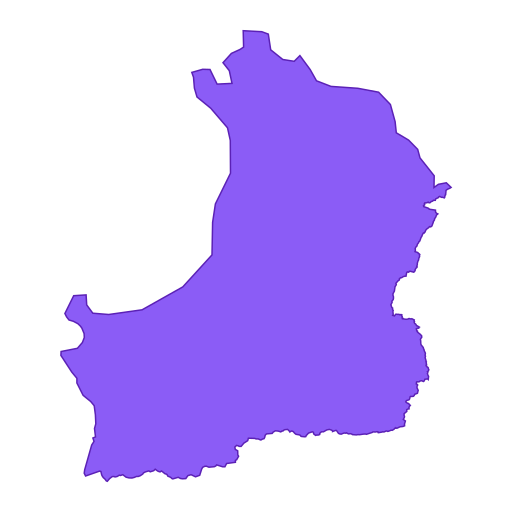 the district of Alay, Osh, Kyrgyzstan
{"feature_id": "92254566B995553538907", "entity_name": "Alay", "entity_type": "district", "adm_level": 2, "iso_a3": "KGZ", "parent_name": "Kyrgyzstan", "parent_adm1": "Osh", "projection": "natural_earth1", "projection_center": [73.817, 39.902], "detail": "fine", "context": "isolated", "style": "filled", "palette": "violet", "viewbox_px": 512, "rotation_deg": 0, "n_neighbors": 0, "source": "geoboundaries", "source_scale": "gbopen_adm2", "svg_char_len": 6072}
<svg xmlns="http://www.w3.org/2000/svg" viewBox="0 0 512 512"><path d="M73.7,295.7L64.9,313.5L66.6,316.9L69.0,320.0L73.4,321.3L77.9,323.7L80.4,326.1L81.9,328.2L84.1,333.6L84.3,337.5L82.4,342.5L77.4,348.3L61.1,351.5L60.9,355.4L71.8,372.1L76.9,378.3L76.9,383.0L83.1,395.3L90.7,401.5L94.2,405.7L95.4,414.8L95.8,423.8L94.5,428.5L95.5,436.9L92.9,438.0L94.0,441.4L91.7,445.0L84.7,469.7L84.2,473.2L85.6,476.0L99.6,471.1L100.9,471.5L101.7,474.9L102.4,476.3L103.3,477.6L104.9,479.0L106.3,480.9L107.3,481.3L109.6,478.6L112.2,476.6L114.0,476.5L114.5,476.8L115.5,476.9L117.4,476.4L119.2,475.2L120.4,475.5L122.8,474.7L126.1,477.2L129.0,477.9L132.0,478.0L134.3,477.4L136.6,476.4L138.1,476.5L140.1,475.8L142.7,474.1L143.5,472.9L145.4,471.9L148.8,470.9L150.2,471.8L153.7,470.7L155.2,469.2L157.6,471.0L159.0,471.6L160.1,471.9L161.4,471.0L162.1,471.4L164.9,473.7L166.8,474.3L168.0,476.3L169.1,476.6L170.7,477.4L172.0,478.6L172.8,478.9L178.2,477.3L180.5,478.5L182.5,478.8L185.8,478.6L187.9,475.6L191.1,474.7L195.5,476.8L199.7,475.3L201.7,469.0L202.7,467.3L204.7,466.3L206.4,466.2L208.9,467.2L214.3,466.7L215.8,466.0L216.6,464.9L222.7,466.8L224.9,466.8L226.6,463.5L235.4,462.3L235.4,460.4L236.7,459.7L238.6,456.2L237.8,454.9L237.7,450.8L235.3,449.4L234.8,447.1L236.6,445.4L238.5,445.9L239.1,446.4L241.1,446.4L243.9,443.1L247.7,440.7L248.4,438.2L254.8,438.4L256.0,438.9L258.2,438.9L260.4,439.9L261.1,439.9L262.4,439.1L264.0,438.7L264.7,437.4L265.2,435.2L266.5,433.9L272.2,433.4L273.2,432.1L275.4,430.8L278.3,431.1L280.8,431.9L281.9,431.1L283.0,431.0L283.3,430.5L284.7,429.7L287.6,429.4L289.5,431.3L289.9,432.0L290.6,431.4L291.8,431.0L293.3,431.6L294.6,433.2L296.0,434.3L299.5,434.9L300.2,435.3L301.0,436.3L301.7,436.5L304.9,436.8L305.8,436.6L306.2,435.6L308.5,433.1L312.3,431.8L313.4,432.3L313.7,433.9L315.6,435.4L316.4,435.1L318.5,435.0L319.7,434.5L319.7,433.4L321.4,431.8L323.5,431.8L326.8,429.9L329.4,429.4L331.7,430.2L332.6,430.9L332.6,431.5L335.7,430.4L336.5,430.5L338.5,433.4L339.9,434.0L341.4,434.1L343.2,433.3L344.6,433.0L345.8,433.2L346.4,432.8L348.4,433.9L350.6,433.7L351.8,434.1L352.4,434.6L356.3,434.9L357.9,434.6L359.6,434.7L363.5,434.1L365.3,434.0L366.4,434.3L372.1,432.5L373.0,431.9L375.5,432.0L377.1,431.6L378.4,432.1L378.2,432.6L378.5,432.7L382.3,432.0L382.8,431.7L383.9,432.0L386.2,431.0L386.8,431.0L387.5,431.4L388.4,431.3L391.1,430.2L392.2,430.3L394.0,429.3L394.7,428.3L395.8,428.2L395.9,427.8L396.6,428.2L397.3,428.1L400.0,426.8L402.9,426.5L404.6,425.8L404.5,424.0L405.4,421.0L403.3,419.4L404.4,417.3L404.5,416.3L404.1,415.6L404.1,413.7L406.8,411.4L406.7,409.7L407.4,409.2L409.1,408.8L408.8,407.9L409.2,407.1L409.3,406.6L410.3,405.3L409.4,404.7L408.9,403.8L408.1,403.3L407.5,403.3L405.8,401.9L405.8,401.6L406.4,400.6L409.0,399.8L409.6,398.9L410.1,396.8L410.5,396.4L411.8,396.5L413.4,396.3L414.2,395.5L414.7,394.3L417.4,393.3L418.2,390.3L417.0,387.8L417.1,385.9L417.7,385.0L416.9,384.2L416.3,384.0L416.5,382.1L417.1,381.7L418.0,381.9L419.3,381.7L420.1,381.0L421.6,380.7L423.4,381.5L424.3,380.8L424.8,379.3L427.6,378.9L428.2,379.5L428.6,376.4L427.8,374.9L427.4,373.4L427.8,372.6L427.8,371.7L427.6,371.6L428.5,370.8L428.8,369.5L428.5,369.2L428.1,367.5L427.0,366.9L426.9,366.2L426.1,365.8L426.1,365.0L426.6,364.4L426.1,362.8L426.4,361.9L425.9,361.3L426.0,360.6L425.1,357.6L425.5,356.2L425.1,355.3L425.4,353.2L424.2,350.6L424.1,349.8L423.7,349.1L423.2,347.4L421.1,344.8L420.8,343.7L420.7,340.8L420.4,339.5L420.8,338.5L421.7,337.5L421.7,335.9L420.4,334.4L417.5,332.1L417.5,331.2L416.8,330.9L416.9,330.5L416.5,329.9L416.6,329.4L416.3,328.9L417.3,328.2L418.7,328.2L419.0,327.3L419.3,327.1L417.2,325.8L416.5,325.7L416.1,324.7L415.5,323.9L414.7,323.5L414.1,322.0L414.5,321.5L414.0,320.3L414.2,319.9L412.8,319.2L411.8,318.7L411.1,319.0L409.0,318.5L407.8,319.1L406.1,319.3L402.7,318.8L402.9,318.3L402.1,318.0L402.2,316.5L401.6,315.7L401.9,314.9L401.0,314.5L399.9,314.8L398.9,314.3L397.9,314.4L396.6,314.2L395.6,314.3L394.5,315.9L392.7,315.4L393.2,314.4L392.9,311.6L393.2,310.3L392.6,309.8L392.6,308.0L391.8,307.5L390.9,304.7L392.1,302.4L391.9,301.2L393.2,299.6L393.5,298.1L393.4,296.4L393.0,295.4L393.0,293.7L394.4,291.1L395.0,286.8L396.3,284.7L395.9,283.3L398.2,280.7L399.2,280.1L399.5,279.1L399.4,278.8L400.6,277.7L401.6,277.7L403.1,276.7L404.7,276.2L406.0,276.2L406.6,272.9L407.3,271.9L408.7,272.2L409.2,271.5L409.9,271.2L413.8,272.2L415.1,270.7L415.1,269.7L415.8,268.4L417.0,267.3L417.1,266.6L416.7,266.3L417.3,264.8L417.3,263.3L417.9,261.2L418.5,260.2L418.9,258.1L419.6,256.6L419.5,255.1L419.8,254.5L419.0,253.7L418.4,253.5L418.3,253.1L417.7,252.5L415.0,251.6L415.4,250.4L415.2,248.3L416.3,246.5L416.9,246.1L417.4,244.2L418.6,242.7L418.9,241.7L419.8,241.0L421.1,237.3L421.7,236.6L422.4,234.7L423.2,233.3L423.4,233.0L424.1,233.1L424.4,232.5L425.0,232.1L425.6,230.5L426.4,229.3L428.7,227.6L429.5,226.6L430.7,226.9L431.9,226.0L432.6,224.1L432.7,223.5L433.2,222.8L433.2,221.9L434.5,219.8L434.5,218.9L435.8,217.0L436.5,214.9L437.7,214.2L437.8,213.8L437.1,213.7L435.7,212.4L435.5,211.6L435.6,211.0L435.3,210.6L435.4,210.1L429.2,209.2L429.0,208.7L428.1,208.1L423.7,206.6L423.5,205.7L424.6,204.9L424.7,204.5L424.3,203.9L424.6,203.2L425.0,202.8L425.7,203.0L427.6,202.5L428.1,202.1L429.0,202.8L429.9,202.8L431.2,201.6L432.7,201.1L433.3,200.3L435.3,200.3L435.4,199.7L435.8,198.8L438.4,197.6L438.5,197.1L439.7,196.4L441.4,197.3L442.7,197.3L444.3,197.9L444.8,197.1L444.8,196.4L445.2,195.2L445.7,194.7L445.5,194.1L445.8,193.3L446.0,190.4L447.4,189.3L449.9,188.2L451.1,187.4L446.3,182.8L438.4,184.3L434.0,187.5L434.2,175.8L420.0,157.9L417.7,149.4L408.6,140.1L396.3,132.8L395.1,121.6L390.4,104.5L378.6,92.2L357.9,88.3L331.0,86.4L316.5,80.8L310.2,69.6L299.9,55.6L294.2,61.3L282.8,59.5L270.7,49.8L268.3,34.1L261.8,31.7L243.2,30.7L243.6,47.1L240.1,49.4L231.4,53.4L223.0,62.7L229.3,70.7L232.0,83.4L217.1,84.1L210.0,69.5L202.7,69.3L191.8,72.4L193.5,77.2L194.4,88.1L197.0,97.0L210.7,108.2L227.5,127.8L230.3,140.5L230.5,173.2L215.4,203.9L212.6,222.4L212.0,254.9L182.8,286.9L142.1,309.8L108.7,314.5L92.8,313.2L86.7,304.9L86.1,294.9L73.7,295.7Z" fill="#8b5cf6" stroke="#5b21b6" stroke-width="1.5"/></svg>